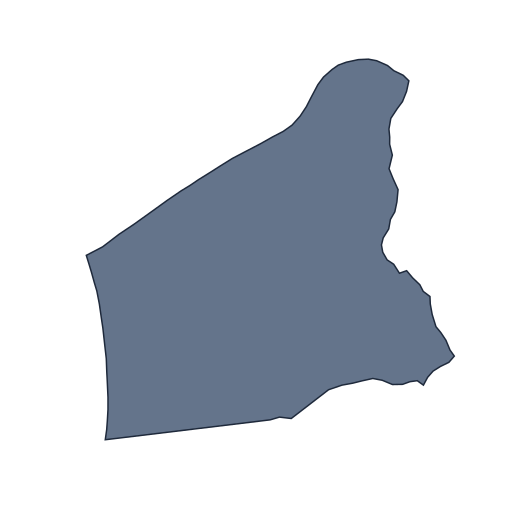 the district of Saubara, Brazil, rotated 166°
{"feature_id": "56859067B52739574440824", "entity_name": "Saubara", "entity_type": "district", "adm_level": 2, "iso_a3": "BRA", "parent_name": "Brazil", "parent_adm1": "", "projection": "albers", "projection_center": [-38.789, -12.785], "detail": "fine", "context": "isolated", "style": "filled", "palette": "slate", "viewbox_px": 512, "rotation_deg": 166, "n_neighbors": 0, "source": "geoboundaries", "source_scale": "gbopen_adm2", "svg_char_len": 1338}
<svg xmlns="http://www.w3.org/2000/svg" viewBox="0 0 512 512"><g transform="rotate(166 256 256)"><path d="M65.3,389.0L69.4,395.7L77.4,402.4L82.3,409.0L91.7,416.3L99.3,419.8L109.2,421.8L121.5,422.2L130.0,421.3L137.0,418.6L147.2,413.3L154.4,407.4L164.3,396.4L171.0,388.7L179.4,381.0L189.3,374.3L199.5,370.3L210.9,367.6L224.7,363.8L240.9,359.9L255.3,356.4L268.3,352.2L281.5,347.8L293.3,344.0L302.8,340.5L313.0,337.3L328.6,331.5L347.1,324.1L366.5,316.4L383.7,310.2L402.6,302.0L420.5,297.7L420.0,288.6L419.6,280.1L419.3,268.9L418.9,260.6L419.6,247.4L421.2,231.8L422.0,223.3L424.2,207.0L426.1,192.6L428.8,179.8L430.4,171.6L433.8,154.7L436.8,142.7L440.2,131.8L442.9,123.6L446.7,114.2L281.9,93.6L272.2,94.0L261.1,89.8L217.9,108.7L203.8,109.9L193.0,109.2L183.3,109.2L172.3,108.9L163.6,104.9L154.7,98.3L144.8,96.0L137.0,96.8L129.7,96.0L124.8,90.2L118.8,96.8L112.0,101.5L103.8,104.2L94.5,106.2L87.8,110.9L90.5,117.8L92.1,128.3L95.2,137.0L98.5,143.9L99.2,156.7L98.5,167.3L97.0,174.6L102.3,181.2L104.0,188.5L109.3,196.9L113.4,205.3L121.0,204.6L124.4,214.7L129.7,220.5L132.1,229.0L131.6,236.4L128.2,242.8L120.7,250.1L116.7,259.0L110.6,265.3L106.2,274.4L102.1,286.0L104.3,298.0L105.8,308.5L99.3,320.9L99.3,332.1L97.5,339.0L96.3,347.0L91.9,356.9L83.2,364.9L76.5,370.4L70.1,379.3L65.3,389.0Z" fill="#64748b" stroke="#1e293b" stroke-width="1.5"/></g></svg>